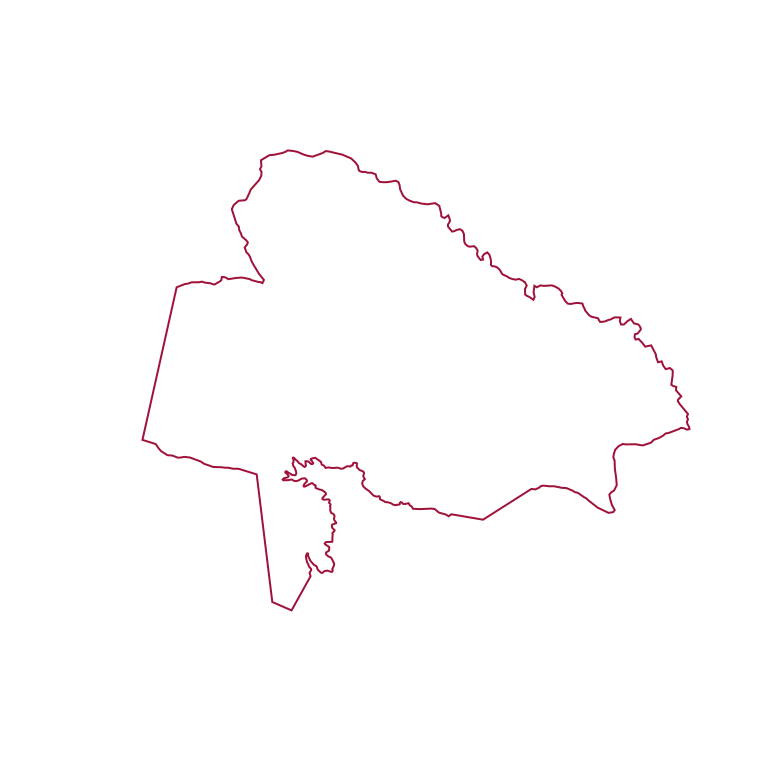 the district of San Miguel Suchixtepec, Oaxaca, Mexico, rotated 318°
{"feature_id": "50627088B50710705536412", "entity_name": "San Miguel Suchixtepec", "entity_type": "district", "adm_level": 2, "iso_a3": "MEX", "parent_name": "Mexico", "parent_adm1": "Oaxaca", "projection": "natural_earth1", "projection_center": [-96.466, 16.079], "detail": "fine", "context": "isolated", "style": "outline", "palette": "rose", "viewbox_px": 768, "rotation_deg": 318, "n_neighbors": 0, "source": "geoboundaries", "source_scale": "gbopen_adm2", "svg_char_len": 6166}
<svg xmlns="http://www.w3.org/2000/svg" viewBox="0 0 768 768"><g transform="rotate(318 384 384)"><path d="M512.1,214.0L509.5,211.6L508.3,209.5L508.7,207.4L510.5,204.6L511.0,200.6L510.5,194.3L506.5,185.7L498.4,174.0L496.3,171.8L493.2,171.4L483.1,167.3L480.2,163.7L478.0,160.1L474.9,153.4L472.2,149.8L468.6,145.9L466.1,145.5L463.0,144.3L455.7,140.1L451.8,137.2L442.3,135.4L438.6,140.2L435.5,141.4L435.0,144.3L432.2,147.1L427.7,148.9L415.1,150.3L411.5,152.1L405.6,154.5L403.8,154.5L398.6,150.6L392.3,150.4L387.9,152.2L381.6,166.1L381.4,169.9L379.3,173.0L378.5,176.1L377.1,179.4L377.8,185.1L377.6,187.6L375.7,188.7L371.9,189.3L369.9,194.0L370.1,197.0L369.5,199.8L367.9,203.7L366.9,207.7L364.8,218.6L364.4,226.3L361.1,227.7L360.3,225.6L358.7,223.8L355.0,218.1L354.5,216.3L350.7,211.2L349.2,209.4L344.8,206.1L338.4,201.9L337.8,199.4L336.6,197.4L335.1,196.0L332.6,197.9L331.0,198.0L324.4,196.6L322.3,192.9L318.7,188.8L317.3,186.2L314.2,184.3L309.1,179.7L306.0,178.5L302.7,176.4L294.6,173.4L167.1,263.9L174.2,275.9L173.5,280.6L173.4,284.7L175.4,291.9L179.0,295.8L181.3,300.5L183.2,302.3L186.7,304.4L190.6,308.8L195.9,318.9L197.0,323.1L201.6,331.4L207.8,337.4L210.2,340.2L212.0,341.7L215.0,345.8L219.2,349.7L228.9,366.0L155.1,471.3L163.8,490.4L200.8,477.7L202.3,474.5L205.1,473.7L206.1,472.7L206.1,469.7L206.4,468.5L207.1,467.5L207.5,465.1L209.9,460.8L211.7,459.1L213.7,458.5L214.1,459.2L212.5,461.1L211.0,466.2L210.9,471.5L211.9,474.4L210.5,477.7L210.9,482.1L211.2,482.7L212.0,483.1L214.2,483.2L215.9,483.9L217.3,485.2L219.1,488.4L219.6,488.8L220.7,488.6L221.2,488.2L221.5,487.1L225.4,485.4L226.5,484.5L227.0,483.5L228.4,478.2L228.4,477.1L227.3,474.9L226.9,472.0L227.6,470.9L228.4,470.5L231.7,471.0L233.7,469.1L234.2,468.2L233.0,464.0L233.1,462.9L234.8,462.6L235.8,463.2L239.9,466.6L240.8,466.0L242.6,463.9L245.4,461.3L245.9,460.2L248.7,460.1L249.4,459.7L249.3,456.0L250.6,454.2L251.4,453.8L255.3,455.4L255.7,455.0L255.9,452.2L256.5,450.8L258.8,449.1L259.3,448.3L259.3,446.3L258.5,444.7L259.4,442.1L259.9,441.3L261.5,440.1L261.9,438.9L263.4,438.1L263.8,437.2L263.7,435.4L265.8,434.3L265.8,433.1L265.4,432.5L261.7,429.6L261.3,428.2L262.2,427.5L267.1,427.1L267.7,426.1L267.8,425.2L266.9,421.2L265.5,419.3L263.7,415.6L264.1,414.6L265.0,414.2L265.3,413.4L264.6,412.2L264.4,409.8L263.7,409.2L256.8,407.4L255.9,406.6L256.1,405.8L258.2,405.0L261.5,404.8L262.1,404.3L262.4,403.1L262.2,401.3L259.7,399.3L255.4,398.3L253.7,397.3L252.3,395.7L251.5,393.2L248.0,391.0L244.8,388.2L244.7,387.8L244.8,387.2L246.5,387.1L250.0,388.9L251.3,388.8L251.7,388.3L251.8,386.4L251.4,384.0L251.6,383.4L252.8,383.3L253.3,383.7L253.3,384.6L255.0,390.3L256.9,392.3L257.4,392.5L258.2,392.2L259.7,391.0L261.5,386.9L261.7,384.3L263.0,381.9L264.2,381.6L265.4,380.5L266.1,379.7L266.5,378.1L267.3,377.9L267.7,378.6L267.8,382.1L268.1,383.0L267.9,385.9L268.9,388.7L268.9,390.4L269.5,392.5L270.6,392.7L271.3,392.4L273.8,388.9L274.7,389.3L276.0,391.3L276.3,394.7L277.2,395.6L278.4,395.5L278.9,392.9L278.8,391.3L279.2,390.8L280.0,390.9L282.8,392.3L283.5,392.9L284.8,398.5L285.0,399.9L284.0,401.7L283.9,402.6L284.8,404.5L284.4,407.3L286.5,408.5L290.0,412.4L293.4,415.0L294.3,416.1L295.0,417.9L297.0,419.4L301.6,420.4L303.9,422.9L305.1,422.6L306.2,423.5L308.3,422.2L309.2,422.6L310.7,424.4L310.8,425.0L308.9,426.6L308.1,428.0L308.3,431.4L310.0,435.2L309.9,436.3L309.4,437.0L307.1,438.4L306.6,439.2L306.2,441.8L303.3,441.9L301.2,443.3L300.1,446.1L300.3,449.4L301.3,453.5L301.5,459.8L302.9,462.5L305.4,464.3L305.3,465.1L304.0,466.8L304.2,467.7L305.6,471.0L305.8,472.4L307.7,474.5L309.4,477.2L310.2,480.1L311.9,482.2L312.7,482.3L314.5,483.7L315.4,483.8L316.2,483.0L317.5,483.0L318.0,484.1L317.9,485.7L319.0,487.1L322.5,489.0L322.0,491.4L322.6,493.4L322.1,496.2L327.4,501.4L335.5,508.0L338.0,510.7L338.8,516.4L342.7,522.5L343.5,525.5L346.9,525.9L366.8,551.1L423.3,560.6L426.1,563.7L430.3,564.9L432.0,564.8L434.4,566.1L438.2,570.4L441.9,573.7L446.8,580.3L449.8,583.2L452.7,589.2L453.6,592.3L455.2,594.4L456.8,601.4L457.9,604.7L458.0,607.2L460.1,618.9L464.6,630.0L468.6,632.6L471.1,632.1L472.5,626.2L475.1,620.8L477.4,617.0L480.4,616.5L483.7,617.1L489.3,614.9L493.4,609.5L498.9,601.4L504.2,595.1L505.4,591.9L507.7,590.0L511.7,587.6L516.9,587.2L521.4,588.4L523.2,590.6L530.6,597.1L535.2,602.8L543.0,606.2L547.2,606.0L551.9,608.0L556.6,609.1L560.2,609.2L562.9,610.9L573.1,614.9L575.4,615.3L577.2,617.5L578.6,620.6L580.8,621.9L582.0,620.0L582.7,616.8L583.8,614.8L586.3,613.6L587.1,611.0L589.8,609.7L590.3,597.0L590.9,593.4L592.0,592.4L596.6,592.1L596.8,584.0L599.3,581.7L597.7,579.4L597.0,576.8L604.1,570.9L607.6,567.2L607.2,563.5L603.3,561.4L603.8,557.1L605.5,553.0L602.2,551.2L604.3,546.0L605.8,544.0L608.4,534.1L603.1,531.0L603.5,526.2L603.3,520.8L600.8,519.4L601.3,517.1L603.8,514.9L606.1,516.2L611.2,515.4L612.1,514.4L612.9,511.2L612.5,509.3L610.3,506.2L611.0,500.8L606.8,500.2L602.0,500.3L600.0,498.4L601.3,495.1L604.2,492.8L600.4,489.2L598.9,488.4L595.9,487.8L593.3,486.4L590.3,485.5L587.3,483.5L586.1,482.3L587.0,478.3L583.3,473.0L582.4,470.4L582.7,463.6L583.4,462.5L584.0,459.8L585.3,457.0L582.5,453.7L579.3,451.2L576.2,449.4L574.3,447.1L574.2,443.4L575.6,436.6L577.2,435.9L577.8,433.3L577.6,429.9L576.5,426.5L574.8,423.1L568.5,418.1L566.3,415.5L562.2,414.3L561.5,411.7L556.8,415.6L554.1,420.2L551.4,421.4L550.2,416.4L549.2,414.2L548.8,411.9L552.4,407.7L555.9,406.4L556.8,402.8L555.9,399.0L554.5,396.1L551.9,394.8L549.9,392.3L548.1,389.1L547.5,386.7L545.4,381.6L546.4,376.4L546.1,373.1L545.2,371.0L543.2,368.8L543.1,367.1L545.2,365.0L547.0,362.4L548.8,358.5L548.8,355.3L545.1,354.5L542.3,355.2L540.9,357.8L538.8,356.5L539.1,351.6L539.9,349.9L542.8,347.5L543.5,344.7L543.2,341.9L539.6,339.3L538.5,337.7L538.1,334.4L539.0,331.7L543.7,326.1L544.8,322.7L544.0,319.7L541.0,318.1L538.6,317.5L536.6,316.3L536.9,309.9L538.2,308.3L542.2,307.1L543.6,304.4L544.6,301.7L540.1,301.2L539.0,299.0L538.9,297.6L540.7,295.4L544.3,288.6L543.0,283.8L536.6,279.6L532.5,274.9L530.1,271.1L527.8,268.9L525.5,264.4L524.4,261.2L524.2,256.8L526.3,250.0L528.7,246.6L529.8,243.6L528.7,240.8L521.9,236.5L518.4,233.5L515.9,230.7L516.2,226.4L518.1,222.6L516.2,218.8L513.2,216.0L512.1,214.0Z" fill="none" stroke="#9f1239" stroke-width="2"/></g></svg>